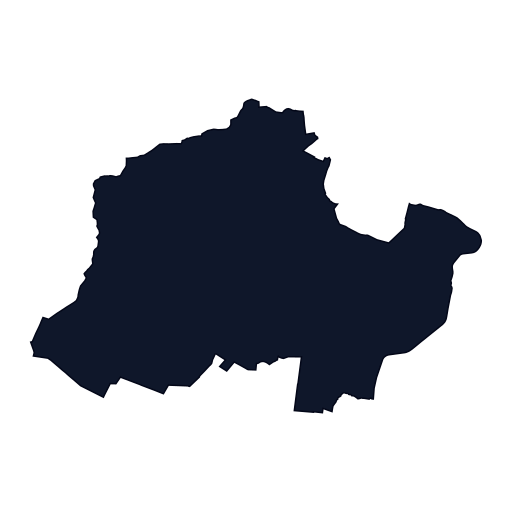 outline of Salonta, Bihor, Romania
{"feature_id": "2599482B98567078835058", "entity_name": "Salonta", "entity_type": "district", "adm_level": 2, "iso_a3": "ROU", "parent_name": "Romania", "parent_adm1": "Bihor", "projection": "natural_earth1", "projection_center": [21.618, 46.803], "detail": "fine", "context": "isolated", "style": "filled", "palette": "ink", "viewbox_px": 512, "rotation_deg": 0, "n_neighbors": 0, "source": "geoboundaries", "source_scale": "gbopen_adm2", "svg_char_len": 6018}
<svg xmlns="http://www.w3.org/2000/svg" viewBox="0 0 512 512"><path d="M373.3,399.0L374.1,388.2L376.5,377.5L382.7,359.3L383.0,358.7L383.9,357.4L385.1,356.4L386.3,355.6L387.5,355.1L388.7,354.8L404.8,352.6L406.1,352.3L408.8,351.2L410.2,350.3L412.2,348.9L420.7,341.9L442.6,324.3L443.8,323.0L444.6,322.1L445.4,320.7L446.1,319.0L446.6,316.6L448.0,308.2L450.5,295.1L451.1,293.3L451.5,291.8L451.9,289.0L452.0,288.4L451.9,287.7L451.7,287.0L450.8,285.5L450.8,285.1L451.3,283.6L451.3,282.9L451.2,282.4L450.8,281.0L450.7,280.7L451.0,279.9L451.5,278.4L452.0,276.9L452.8,273.4L452.8,272.5L452.8,271.6L452.3,268.4L452.2,266.6L452.3,265.7L452.6,264.7L453.6,262.9L460.1,254.9L461.4,254.2L462.7,253.8L471.6,252.8L473.5,252.4L474.7,251.9L475.9,251.2L477.4,249.8L478.3,248.7L479.2,247.4L480.2,245.5L480.8,244.0L481.2,242.0L481.3,240.6L481.1,239.7L480.0,236.1L479.6,235.3L478.0,233.2L476.9,232.3L475.8,231.6L469.8,228.7L466.5,226.8L465.1,225.6L463.8,224.2L462.8,223.3L460.3,220.8L457.1,218.0L455.1,216.9L447.1,213.1L445.9,212.5L444.9,211.6L442.8,210.5L440.7,209.7L438.6,209.9L437.8,209.8L428.4,207.0L423.1,205.7L421.9,205.1L420.8,204.4L420.1,204.2L419.1,204.4L417.0,205.2L415.8,205.4L415.0,205.4L410.8,204.6L409.8,204.0L409.4,203.7L408.5,206.9L407.1,212.6L405.4,218.9L405.9,219.3L405.4,221.1L405.0,223.2L405.2,224.1L404.8,226.4L404.4,228.3L397.1,235.2L392.7,239.4L388.8,243.0L376.9,239.8L371.9,237.3L368.0,235.4L367.2,235.2L366.3,235.2L365.7,235.4L365.4,235.3L361.5,234.7L360.1,234.3L357.2,233.0L356.8,232.7L350.9,229.7L348.8,228.5L347.4,227.8L347.0,227.4L345.7,226.6L345.0,226.3L340.8,224.8L339.7,224.3L339.4,224.1L339.2,223.8L338.2,221.5L336.5,218.4L333.9,208.8L337.5,204.1L335.6,204.0L333.3,203.2L332.3,202.5L331.7,202.2L331.2,201.6L329.9,201.0L329.6,200.6L329.4,199.8L329.1,199.3L327.3,197.7L326.2,196.1L324.8,194.1L325.2,193.7L325.5,193.3L323.8,188.5L323.4,185.1L323.2,184.4L323.3,183.6L323.8,180.3L325.7,174.2L326.6,171.0L328.0,167.5L328.9,165.9L329.3,164.3L330.4,159.8L329.2,157.6L327.2,158.7L325.0,157.9L323.3,161.5L318.0,159.7L313.6,157.4L314.2,156.9L302.9,150.9L308.2,146.0L309.1,145.3L310.6,144.3L311.6,143.6L314.5,141.1L315.8,139.9L317.2,138.8L317.7,138.6L317.5,137.2L315.1,135.5L314.7,134.9L314.1,132.9L305.7,134.4L304.5,125.6L304.1,121.1L304.0,119.2L303.9,117.5L303.6,115.5L303.3,114.4L303.0,111.7L303.0,111.4L299.5,111.2L295.5,110.7L295.2,110.5L294.9,110.8L294.5,110.8L292.3,110.3L290.3,109.2L288.5,108.7L287.0,108.9L286.4,109.1L284.6,110.3L283.4,111.5L282.7,112.7L281.9,112.8L280.8,112.7L276.2,112.1L275.6,111.9L269.0,107.8L267.5,107.4L266.6,106.6L259.0,107.2L258.9,104.0L258.8,101.8L257.5,101.4L255.3,100.4L254.0,100.1L251.9,99.3L251.6,99.3L250.6,99.6L249.7,100.0L247.6,100.7L246.2,101.4L244.8,102.4L244.3,102.9L244.0,103.5L243.6,106.1L243.1,107.8L242.2,109.4L241.8,109.5L240.6,111.0L238.3,115.6L237.5,117.0L236.9,117.6L236.0,117.9L234.4,118.3L233.9,118.6L230.9,120.0L230.9,124.4L230.5,125.5L229.3,127.4L226.5,129.2L225.1,129.3L222.4,129.6L218.0,129.8L215.2,129.4L213.5,129.3L207.6,130.7L202.0,133.9L201.6,136.0L198.6,136.1L193.4,136.9L190.3,137.7L188.5,138.5L187.2,138.3L184.5,140.1L182.6,140.5L182.2,140.7L182.1,141.7L181.7,142.9L181.3,143.6L180.8,143.8L176.7,143.7L169.0,144.0L163.5,143.9L159.8,144.3L151.9,150.5L144.2,155.3L140.2,155.8L137.5,157.3L132.3,157.8L128.3,158.3L126.4,158.3L126.5,160.8L126.3,165.8L125.3,167.8L123.0,171.1L120.4,175.8L119.4,175.9L118.1,176.2L116.1,176.9L112.7,176.0L111.9,175.9L110.1,175.7L108.5,176.1L107.4,176.0L105.6,176.1L104.6,176.0L100.3,177.1L100.1,177.5L99.9,178.1L99.4,178.8L98.1,179.3L95.2,180.7L93.5,183.9L93.6,185.8L95.3,189.8L93.3,197.5L94.8,201.0L95.7,202.9L94.9,205.5L94.2,207.9L93.1,211.2L93.4,217.2L97.0,219.6L97.4,222.8L97.4,225.4L96.9,226.0L97.5,227.3L98.3,228.8L99.1,230.1L99.6,232.9L99.2,234.3L98.1,235.7L96.7,237.4L97.7,238.7L98.4,240.0L98.6,241.5L98.0,246.1L97.8,246.7L97.6,247.2L96.8,248.1L95.0,249.4L94.2,250.6L93.8,251.7L93.7,253.8L93.8,254.6L93.6,255.1L93.3,256.7L92.9,257.6L92.7,258.2L92.3,259.0L92.4,260.6L92.7,262.7L92.8,263.6L92.6,264.1L91.6,265.4L90.6,266.6L89.5,268.1L87.6,269.7L87.2,270.4L86.3,271.5L85.5,272.1L84.2,273.7L84.4,274.3L85.0,275.5L86.1,277.3L86.3,277.7L86.2,278.2L85.8,279.1L85.2,280.1L84.9,280.8L83.7,282.2L80.6,286.0L79.7,288.6L79.2,290.4L78.2,294.9L78.1,296.5L77.7,297.9L76.4,300.6L74.0,302.5L69.4,305.4L66.6,307.1L64.4,308.6L57.3,313.2L55.3,314.6L48.7,319.3L43.0,317.5L41.4,321.2L40.3,324.0L38.9,327.1L35.9,333.3L32.3,341.7L30.7,342.1L33.0,348.6L33.7,350.5L34.1,352.1L34.2,352.8L33.4,356.0L48.1,358.2L49.7,359.5L50.2,359.6L57.2,365.6L57.7,366.0L62.4,370.1L64.9,372.1L68.7,375.5L76.7,382.3L80.6,385.7L103.4,397.2L104.2,395.4L110.2,383.6L115.9,383.7L120.4,377.1L140.7,384.8L140.9,385.0L154.1,390.0L163.4,393.7L168.4,385.1L187.4,385.8L188.3,386.0L189.3,386.4L189.7,386.3L197.1,379.2L199.3,377.1L199.5,376.6L199.4,376.2L204.3,371.2L209.6,365.5L210.3,365.0L211.4,363.7L211.7,363.2L212.5,359.8L212.9,358.9L213.5,357.7L215.1,354.1L216.0,353.8L225.5,359.9L219.7,366.5L226.7,371.0L234.2,362.0L240.0,365.1L245.9,368.4L247.0,369.1L248.1,369.6L255.8,369.9L256.4,363.4L257.6,363.4L258.9,362.8L259.3,362.4L260.7,361.7L262.6,361.4L263.9,361.5L265.5,362.0L266.7,362.6L267.7,363.2L269.4,364.5L273.2,361.9L275.0,361.2L276.6,360.1L277.4,359.9L277.5,359.1L278.0,356.5L278.3,356.2L279.1,357.0L279.7,357.3L281.6,358.0L283.5,358.4L288.2,356.7L301.5,356.8L298.0,383.5L297.7,384.1L297.3,387.1L294.3,410.6L313.5,412.2L313.5,411.7L322.4,412.7L323.0,408.4L332.0,411.6L332.6,407.7L333.0,405.9L334.7,403.5L335.7,402.3L336.7,399.8L337.7,399.2L337.8,399.0L337.8,397.9L338.0,397.5L339.7,396.7L340.8,395.9L341.0,395.0L341.2,394.6L343.3,392.9L343.7,392.7L344.1,392.7L346.4,393.4L348.0,393.4L348.3,393.7L348.6,394.3L348.8,394.4L349.6,394.6L350.6,394.5L350.9,394.7L351.9,395.8L352.9,395.7L354.3,396.1L356.2,397.4L357.0,398.0L357.7,398.7L357.9,398.7L358.8,398.7L361.4,397.9L362.5,398.2L364.4,398.3L369.2,399.1L370.0,398.4L370.5,398.3L370.8,398.1L371.0,398.1L371.3,398.2L371.5,398.6L371.7,398.8L372.3,398.9L373.3,399.0Z" fill="#0f172a" stroke="#020617" stroke-width="1.5"/></svg>